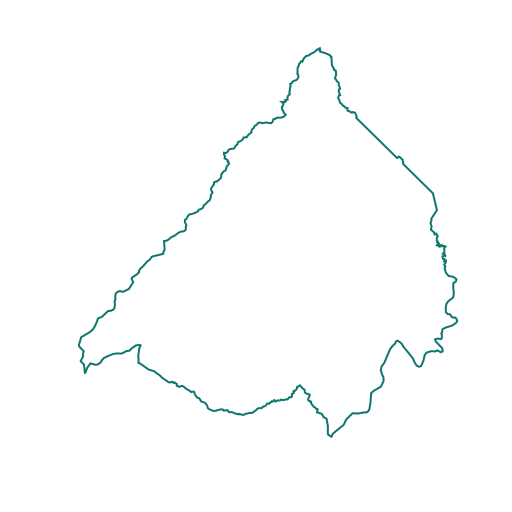 Campoalegre, Huila, Colombia, rotated 169°
{"feature_id": "7082276B79425124325602", "entity_name": "Campoalegre", "entity_type": "district", "adm_level": 2, "iso_a3": "COL", "parent_name": "Colombia", "parent_adm1": "Huila", "projection": "mercator", "projection_center": [-75.337, 2.645], "detail": "fine", "context": "isolated", "style": "outline", "palette": "teal", "viewbox_px": 512, "rotation_deg": 169, "n_neighbors": 0, "source": "geoboundaries", "source_scale": "gbopen_adm2", "svg_char_len": 6043}
<svg xmlns="http://www.w3.org/2000/svg" viewBox="0 0 512 512"><g transform="rotate(169 256 256)"><path d="M446.3,173.2L443.1,178.4L439.0,182.2L434.2,179.8L432.1,179.7L429.1,180.9L427.4,182.9L424.9,184.8L419.8,186.2L414.8,187.1L410.3,186.8L407.9,186.0L405.1,186.1L401.6,187.4L398.2,187.2L395.8,189.0L390.8,191.2L386.8,190.8L386.3,190.3L388.3,187.4L390.7,180.1L391.2,175.6L391.9,173.7L390.3,172.6L383.0,165.0L378.1,162.4L372.7,156.5L371.2,154.2L366.0,148.9L364.7,148.2L363.1,148.6L361.6,148.2L361.2,147.1L359.8,147.2L358.1,145.3L358.5,144.2L358.3,143.5L355.9,142.1L354.2,142.7L353.1,142.5L351.2,140.9L350.6,139.6L346.3,135.9L345.8,134.9L343.0,134.8L342.4,133.8L342.5,132.0L340.7,128.1L338.8,127.2L337.6,123.7L334.0,121.6L332.5,118.7L332.3,115.8L331.3,114.6L326.8,111.7L319.7,112.2L317.6,111.5L317.1,110.3L313.4,110.1L312.2,107.7L309.7,107.5L305.8,104.9L303.7,104.4L303.3,103.8L302.4,104.2L299.6,102.6L297.6,102.5L296.4,103.2L294.6,103.0L292.5,103.3L291.1,102.8L288.5,103.0L287.4,103.9L285.5,104.5L284.4,105.5L282.3,106.1L279.5,105.6L277.6,106.9L276.5,106.8L275.1,107.2L273.2,109.0L271.2,108.5L270.3,109.5L268.8,109.6L268.2,110.4L267.4,110.0L266.5,110.1L265.8,111.1L265.4,111.0L264.9,109.6L264.2,109.4L262.7,110.1L260.0,109.6L259.1,110.2L256.5,109.3L253.9,109.5L252.5,109.2L250.2,111.0L248.8,110.7L247.6,111.0L247.1,113.7L245.0,114.4L245.1,115.8L244.7,116.4L243.5,116.2L242.6,116.7L241.0,118.3L240.8,119.4L237.5,120.6L235.5,117.0L233.8,115.5L234.1,112.7L232.9,111.5L229.9,109.8L229.8,109.0L232.0,105.8L232.3,104.7L231.3,103.2L230.3,103.1L229.6,102.3L230.1,101.1L228.0,96.8L227.1,96.2L225.9,94.3L224.9,94.1L224.8,93.4L225.9,90.9L221.5,88.5L220.3,84.8L217.8,82.9L217.9,75.2L219.4,67.8L219.1,66.7L216.4,64.2L214.5,66.9L202.1,73.6L198.5,78.4L191.2,83.2L186.4,82.0L179.2,81.8L177.3,81.4L176.2,81.7L174.2,83.4L171.9,89.3L169.1,99.4L166.1,101.2L158.5,103.8L154.7,108.7L154.0,112.7L154.9,115.9L155.3,120.2L153.9,123.5L150.4,126.7L142.4,138.7L139.7,141.2L136.0,143.6L135.1,145.1L133.7,145.9L132.8,145.6L130.1,142.7L128.2,138.2L121.5,125.5L120.9,122.2L119.2,117.7L117.1,116.2L115.2,116.3L114.4,117.1L111.3,121.9L109.5,126.2L107.6,128.1L106.1,128.8L101.8,129.1L98.2,128.1L96.1,128.8L93.0,126.3L91.2,126.7L90.7,127.4L90.8,130.0L95.8,137.7L96.2,140.0L93.5,140.3L90.3,139.1L89.3,139.8L88.5,143.7L88.9,144.6L87.9,145.6L87.0,148.3L86.4,148.8L82.5,149.7L77.1,150.2L72.9,151.9L70.9,153.5L71.3,156.4L72.6,157.8L74.2,157.8L75.6,159.1L76.5,161.7L78.9,162.4L80.3,164.6L79.7,168.8L78.2,172.6L75.9,174.9L70.6,177.5L69.5,179.6L68.7,182.9L68.6,185.8L67.7,191.2L67.2,191.8L64.6,192.9L63.9,194.1L63.8,195.2L65.9,197.5L67.3,198.4L70.7,199.6L72.8,203.4L73.2,208.2L72.1,209.5L72.9,211.6L70.9,213.5L70.4,215.2L72.3,214.9L71.6,217.1L73.1,217.7L73.1,219.5L72.9,220.1L71.4,220.4L70.3,219.9L70.1,220.4L70.6,221.9L72.1,222.7L70.3,223.8L69.8,227.8L68.2,229.1L69.4,229.9L71.2,230.0L71.5,231.2L73.5,230.1L74.4,230.2L74.7,230.6L73.9,231.7L76.2,232.1L75.8,232.6L75.0,232.5L74.1,233.6L75.5,234.9L74.9,235.8L75.7,236.7L75.1,238.9L74.6,240.0L73.9,240.4L73.9,241.2L74.9,243.6L76.3,242.9L76.7,243.1L76.6,245.1L79.3,248.5L78.0,251.4L78.4,255.0L77.0,257.4L76.8,259.1L69.6,266.6L70.4,283.8L93.9,318.1L93.9,319.4L93.5,319.9L93.9,321.4L93.6,322.2L95.9,325.6L96.9,326.4L98.4,325.2L99.0,325.5L131.2,372.4L130.5,373.3L131.4,377.6L132.0,378.3L133.5,378.3L133.9,378.9L135.1,378.6L137.0,380.6L138.3,381.1L138.5,383.0L137.9,383.6L140.1,384.7L140.4,385.7L142.0,386.8L142.5,388.4L144.3,390.4L144.3,392.1L145.2,395.8L143.8,397.8L142.7,398.0L143.4,401.7L142.8,403.7L141.5,404.1L141.5,404.6L142.2,408.4L141.8,409.2L141.9,410.4L143.5,412.3L143.5,413.3L144.6,415.5L142.7,418.7L142.4,421.2L142.7,421.8L142.3,422.6L143.0,423.5L144.0,424.1L143.8,425.5L144.5,426.4L145.0,429.2L144.0,437.1L144.7,437.3L144.9,438.8L149.6,442.1L154.1,444.4L154.5,445.2L154.2,445.8L153.7,445.9L153.7,447.8L156.5,447.0L160.3,444.8L162.9,444.2L166.3,442.7L168.6,442.8L171.4,440.8L173.2,438.2L173.4,438.6L174.7,438.5L176.1,436.9L177.2,436.2L177.5,435.0L179.2,432.9L180.4,427.7L180.3,427.1L180.6,426.7L180.1,426.1L180.1,423.9L180.8,422.6L182.3,421.3L183.5,420.8L185.5,420.8L187.1,419.9L187.6,419.0L189.6,418.4L189.6,416.2L190.7,414.5L190.9,413.0L191.4,412.1L191.3,411.4L192.2,409.9L191.9,408.4L194.1,407.0L195.3,404.5L195.1,403.5L197.6,403.4L197.2,402.4L197.4,401.9L198.1,401.7L201.3,402.3L199.9,400.6L200.9,398.5L202.4,396.9L202.2,394.4L202.0,393.6L201.4,393.1L201.4,391.4L199.9,388.9L201.9,387.6L203.5,387.1L206.6,387.2L208.5,387.8L211.4,386.9L212.7,387.0L214.1,384.7L215.7,383.5L219.0,384.4L220.4,385.2L224.2,385.1L226.5,386.2L227.9,386.3L229.0,385.9L230.1,384.8L232.6,383.9L233.5,382.3L235.3,381.4L236.0,380.6L237.0,378.8L236.9,378.2L240.6,376.3L242.5,374.2L244.0,374.7L245.7,374.6L246.2,373.6L248.4,372.0L251.9,371.2L252.9,369.2L255.3,367.9L256.0,366.7L257.4,365.7L260.8,365.9L262.9,365.3L263.8,363.8L265.9,362.8L267.7,363.5L268.1,361.9L267.4,359.9L268.2,357.8L265.6,355.7L265.8,354.5L265.1,354.0L265.6,353.3L264.9,352.5L265.0,351.5L267.7,349.5L269.3,346.0L271.4,345.3L274.4,343.0L275.1,340.2L276.1,338.9L279.8,336.7L282.8,336.6L283.3,336.2L283.5,334.5L286.8,331.4L287.2,330.6L287.5,329.6L286.6,326.7L289.0,324.0L289.1,322.2L291.2,319.2L292.6,318.8L295.9,316.4L297.8,315.6L298.6,313.6L300.7,312.7L303.5,312.3L304.5,310.8L308.9,309.7L311.8,309.4L313.4,309.6L314.7,308.7L317.6,305.4L318.8,305.1L319.4,303.0L318.4,299.5L319.2,298.5L320.1,294.9L322.2,294.0L324.8,294.3L327.7,293.6L332.0,291.5L335.3,290.7L339.4,288.5L341.1,288.1L343.4,288.2L344.4,280.2L344.7,279.3L345.7,278.3L346.8,275.8L357.5,275.3L358.8,274.8L361.0,272.6L364.0,271.3L369.1,267.3L371.7,265.8L373.7,264.0L373.6,262.7L375.8,261.0L381.7,258.5L382.5,257.4L381.5,253.8L387.0,247.9L393.2,246.2L396.6,247.6L399.3,247.0L400.7,246.1L402.1,242.5L402.2,240.2L403.5,238.6L403.7,235.3L405.0,231.7L406.4,230.5L409.4,229.9L411.8,230.2L418.8,225.7L422.2,225.1L423.4,224.4L424.3,222.5L427.9,217.3L430.8,214.6L434.4,212.7L443.0,209.7L446.7,202.7L446.8,200.9L443.3,195.5L444.6,192.6L444.9,190.4L448.2,186.2L445.6,182.3L446.3,173.2Z" fill="none" stroke="#0f766e" stroke-width="2"/></g></svg>